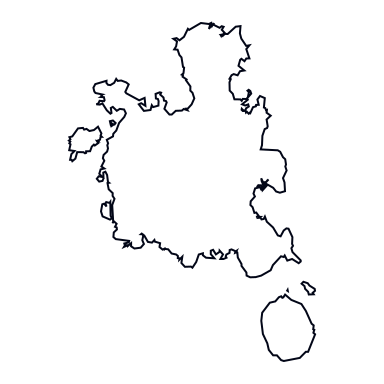 Nosy-Be, Diana, Madagascar
{"feature_id": "10022922B66036521727834", "entity_name": "Nosy-Be", "entity_type": "district", "adm_level": 2, "iso_a3": "MDG", "parent_name": "Madagascar", "parent_adm1": "Diana", "projection": "orthographic", "projection_center": [48.268, -13.349], "detail": "fine", "context": "isolated", "style": "outline", "palette": "ink", "viewbox_px": 384, "rotation_deg": 0, "n_neighbors": 0, "source": "geoboundaries", "source_scale": "gbopen_adm2", "svg_char_len": 5955}
<svg xmlns="http://www.w3.org/2000/svg" viewBox="0 0 384 384"><path d="M219.6,27.8L213.6,24.8L213.9,23.1L212.1,25.9L211.6,23.9L210.4,25.1L210.3,27.1L208.9,28.9L210.6,23.2L208.9,24.0L200.9,23.0L189.1,29.9L187.9,28.8L184.0,36.8L179.5,40.3L176.6,38.1L173.4,38.8L177.0,41.4L176.1,46.4L174.2,49.4L177.6,49.7L179.4,55.0L181.5,57.4L183.0,66.9L184.1,67.6L183.5,73.1L181.8,74.7L183.0,75.2L182.6,76.7L186.6,79.5L186.0,80.3L190.4,86.4L190.3,90.6L192.5,92.8L194.3,98.4L191.6,104.4L187.7,108.7L186.4,108.7L187.4,110.2L183.7,109.0L181.9,110.6L175.8,110.8L171.8,114.5L169.4,114.5L164.4,108.8L166.7,102.4L165.9,101.0L164.0,100.6L163.5,97.5L160.2,94.6L161.1,92.7L159.8,92.3L155.6,93.9L155.9,98.5L157.9,99.0L158.6,101.1L158.4,105.6L153.1,107.1L151.8,105.2L150.5,110.0L143.9,110.9L138.8,104.3L141.2,103.2L145.4,105.8L144.6,97.9L139.2,100.3L126.3,93.3L125.3,91.9L128.7,84.4L126.2,82.4L121.2,80.5L117.7,80.9L116.2,78.9L114.2,82.8L110.4,85.1L108.0,84.8L106.4,82.9L106.5,80.8L95.3,84.1L93.4,87.7L94.3,91.5L95.5,93.0L102.4,94.5L101.2,95.0L102.1,96.2L100.8,97.0L103.9,97.2L104.6,100.2L104.0,101.2L99.6,100.8L98.3,103.5L96.3,104.3L99.8,104.6L102.4,103.4L106.8,110.3L110.4,113.7L111.5,113.0L110.8,108.0L112.8,106.9L116.8,110.8L119.8,108.9L124.1,109.5L125.9,113.3L124.3,116.9L119.1,122.9L116.3,130.5L113.3,133.8L113.0,136.4L106.8,139.8L108.1,143.3L107.3,145.2L108.0,148.4L107.1,151.6L103.6,154.9L102.9,158.2L104.3,160.8L101.4,166.5L104.3,168.5L100.6,169.4L99.3,173.7L102.3,177.0L98.7,176.3L96.8,178.8L99.2,181.6L102.5,180.9L103.5,178.4L103.3,172.6L105.4,171.7L107.1,175.0L108.0,182.1L109.0,182.8L107.5,183.1L108.7,189.3L112.7,193.1L112.6,195.9L114.5,198.8L112.2,205.1L113.2,221.9L112.4,223.1L114.1,221.5L116.6,223.8L115.0,226.8L116.7,227.5L116.9,229.5L113.8,232.4L113.4,237.0L115.8,239.1L129.2,240.9L128.8,242.4L123.4,243.7L125.9,243.7L124.0,246.9L127.5,245.3L127.7,246.1L131.1,243.2L131.1,246.3L134.4,248.5L140.7,247.7L143.9,244.0L142.3,240.2L143.2,236.0L142.6,234.3L141.0,234.2L141.7,233.6L144.3,235.6L147.9,241.9L152.0,242.6L154.4,240.0L154.8,241.6L160.1,243.2L159.5,247.0L162.6,249.6L164.2,248.8L163.8,250.3L164.6,248.9L168.2,249.3L171.6,253.5L176.2,254.5L177.9,256.0L177.8,258.1L179.6,258.3L179.4,259.6L182.3,256.7L181.4,263.0L184.9,266.8L191.0,266.6L192.4,267.7L196.2,262.0L198.8,254.5L202.9,253.3L202.9,255.3L206.0,257.7L214.4,258.3L210.8,254.2L210.8,250.7L213.1,249.8L215.9,254.4L219.5,251.9L219.6,250.6L223.0,254.4L220.4,259.0L223.4,259.0L226.5,257.7L225.7,256.3L226.4,254.5L229.5,252.9L229.7,250.0L231.5,249.4L235.5,251.2L235.1,252.8L235.5,252.6L236.3,251.0L236.6,250.8L235.9,252.3L236.9,252.9L236.6,251.6L237.3,252.4L237.8,257.5L241.5,264.0L241.5,265.9L246.4,272.5L246.6,275.6L250.2,277.3L255.7,277.1L261.2,275.6L270.7,270.2L272.9,265.1L281.0,256.3L283.7,257.0L284.7,255.5L287.3,260.6L292.1,259.0L298.7,263.2L300.7,261.5L300.7,260.4L292.5,252.1L291.4,248.2L293.0,245.8L292.1,243.9L292.4,237.1L288.5,228.7L286.4,228.4L283.7,230.5L280.6,236.3L277.8,235.4L273.1,227.5L266.8,221.7L264.9,216.6L263.7,219.0L261.5,219.4L260.5,217.7L259.2,217.8L260.4,216.9L256.0,216.8L259.0,216.3L256.2,212.5L254.4,212.9L252.6,207.2L250.4,205.0L250.7,201.3L254.9,196.5L253.5,193.6L255.1,188.4L258.2,187.6L258.7,186.4L257.6,186.1L258.3,185.2L260.8,185.3L259.4,186.5L261.3,189.6L262.3,188.9L261.9,186.6L264.3,186.0L263.2,184.6L261.7,181.2L261.2,178.3L264.8,185.8L262.5,187.5L262.7,190.1L266.8,185.6L264.4,182.2L266.0,182.1L267.5,180.2L268.5,179.5L265.1,183.2L273.2,187.8L276.1,191.5L279.9,192.7L285.0,191.2L284.5,182.4L283.0,178.1L286.6,170.5L285.3,166.5L286.0,164.5L285.2,159.2L283.0,157.2L280.2,151.8L277.8,150.3L260.7,149.4L262.0,145.2L262.4,135.8L264.7,129.1L267.1,128.0L267.7,126.3L266.6,119.5L270.7,115.7L266.6,112.7L266.9,109.9L266.0,110.2L265.3,108.1L263.9,107.5L264.8,98.1L260.0,96.0L257.4,99.5L258.7,104.8L256.1,104.9L255.9,106.3L253.0,107.2L249.8,114.2L250.1,112.4L248.7,113.7L246.9,111.8L246.0,112.6L245.6,110.9L242.8,111.0L241.6,109.8L241.8,108.8L243.2,110.3L245.3,110.5L246.1,108.3L248.8,106.5L248.2,104.4L245.2,105.5L242.1,104.3L247.8,99.7L247.0,98.5L251.2,93.6L250.3,91.0L248.7,89.8L247.5,90.7L248.9,92.2L247.8,97.4L246.3,99.0L242.8,98.9L241.7,100.8L240.4,99.4L234.4,99.3L232.8,93.8L229.7,90.6L229.5,82.2L230.7,79.2L229.5,78.8L231.6,75.2L233.7,74.1L237.6,75.3L240.0,71.2L244.3,70.5L238.5,65.8L240.2,59.8L241.4,58.8L244.5,61.2L246.3,58.5L249.4,58.4L246.3,49.1L249.4,45.3L246.2,45.9L241.3,38.6L239.9,33.4L240.5,26.1L235.7,26.7L227.7,34.0L224.9,33.9L223.1,35.5L222.3,35.8L222.0,35.5L222.1,34.8L220.7,34.9L221.2,35.5L221.1,35.8L220.6,34.9L221.9,34.6L222.7,35.6L223.8,33.2L224.9,33.1L221.8,29.8L223.6,26.8L221.7,26.2L219.6,27.8ZM291.3,299.9L285.1,294.6L283.3,297.4L282.3,297.8L281.2,296.3L278.9,297.2L275.3,301.4L269.8,302.7L262.2,312.7L261.3,320.8L262.9,334.0L267.3,343.3L268.8,349.9L273.1,355.3L276.9,355.3L281.1,360.1L283.8,361.0L299.8,357.9L305.8,351.8L308.1,351.8L315.1,334.3L313.4,332.8L314.3,329.8L313.2,329.3L313.7,325.4L311.6,323.7L305.9,311.0L301.4,304.0L291.3,299.9ZM101.4,133.4L98.0,126.7L94.0,130.0L89.4,131.0L86.5,128.9L84.1,129.6L83.0,127.9L78.0,128.4L72.3,136.4L69.4,137.2L70.4,139.3L68.9,140.6L70.3,141.6L69.3,143.3L70.5,144.3L69.2,150.2L74.5,151.0L71.4,154.1L70.1,159.8L71.7,159.9L72.3,161.2L75.4,158.6L77.2,152.1L83.5,152.2L85.0,153.3L86.1,152.9L86.1,151.3L90.1,151.2L91.8,146.6L93.9,144.6L94.8,145.5L98.2,143.1L96.9,141.0L98.7,141.4L98.2,140.4L100.0,139.7L100.6,136.8L101.8,136.8L100.6,135.5L101.4,133.4ZM110.6,215.7L110.3,201.8L109.5,202.9L106.2,202.1L105.5,203.6L106.5,206.5L104.1,203.7L102.3,204.3L101.0,211.4L102.6,216.4L110.0,219.6L111.8,218.4L110.6,215.7ZM309.5,285.6L307.7,283.2L303.4,281.8L301.6,283.7L304.5,286.1L305.1,288.8L308.1,291.8L308.8,294.5L313.7,294.3L312.7,292.8L315.0,290.8L314.7,288.9L309.5,285.6ZM112.9,120.5L109.9,121.2L110.5,123.8L111.2,122.9L112.4,123.9L110.9,125.0L111.3,126.2L112.9,125.1L112.6,124.0L114.5,124.5L115.6,123.0L112.9,120.5ZM287.2,290.6L287.8,291.0L287.6,289.9L287.2,290.6Z" fill="none" stroke="#020617" stroke-width="2"/></svg>